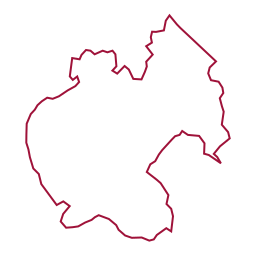 Ivorá, Rio Grande do Sul, Brazil
{"feature_id": "56859067B71259707194731", "entity_name": "Ivorá", "entity_type": "district", "adm_level": 2, "iso_a3": "BRA", "parent_name": "Brazil", "parent_adm1": "Rio Grande do Sul", "projection": "robinson", "projection_center": [-53.578, -29.511], "detail": "fine", "context": "isolated", "style": "outline", "palette": "rose", "viewbox_px": 256, "rotation_deg": 0, "n_neighbors": 0, "source": "geoboundaries", "source_scale": "gbopen_adm2", "svg_char_len": 1396}
<svg xmlns="http://www.w3.org/2000/svg" viewBox="0 0 256 256"><path d="M229.7,138.4L228.1,132.1L221.8,124.7L223.7,111.7L221.9,106.2L219.8,98.2L223.3,93.0L222.4,87.6L218.6,81.7L211.0,80.2L208.2,73.4L209.7,67.5L216.0,61.4L180.3,27.9L176.9,24.4L169.5,15.4L165.8,20.7L163.9,30.4L156.0,31.9L152.1,31.7L150.8,37.2L151.9,42.6L146.2,46.2L152.7,54.6L146.2,61.7L146.8,66.5L144.9,71.8L141.5,79.4L133.3,78.9L128.8,69.5L124.6,66.0L117.2,73.6L112.4,70.6L116.4,66.3L115.4,54.3L112.5,50.7L107.4,52.3L102.7,50.7L94.6,54.3L90.5,50.7L86.0,50.0L81.5,54.9L79.6,59.3L72.2,58.1L69.8,76.4L72.8,79.9L77.2,76.5L79.1,82.0L75.4,86.1L67.7,90.4L58.9,96.3L52.7,98.8L47.2,97.7L41.8,101.3L37.5,105.2L34.8,109.7L30.8,114.0L26.7,123.7L26.4,134.3L26.3,142.7L28.4,149.3L29.9,157.2L33.3,168.5L38.8,174.0L41.3,184.1L56.7,205.0L63.3,201.4L69.7,206.1L63.2,213.9L60.7,221.5L66.1,227.7L72.7,227.2L78.2,226.4L85.2,222.5L91.6,219.9L94.9,217.2L98.7,215.2L108.9,219.0L116.2,225.1L118.6,229.8L125.1,235.5L131.8,237.8L141.7,237.5L149.3,240.6L153.8,239.4L156.8,235.0L166.3,228.2L171.2,231.4L173.0,216.2L171.2,208.8L166.5,204.0L168.4,195.1L160.7,183.2L156.8,179.8L146.8,172.0L150.3,164.3L155.2,161.2L158.9,154.5L162.2,150.1L171.7,139.7L175.1,136.2L179.6,134.9L182.2,131.0L187.9,134.9L199.1,135.9L204.5,143.3L204.1,153.7L208.8,155.0L220.9,163.3L217.2,157.0L213.8,153.9L220.0,146.3L229.7,138.4Z" fill="none" stroke="#9f1239" stroke-width="2"/></svg>